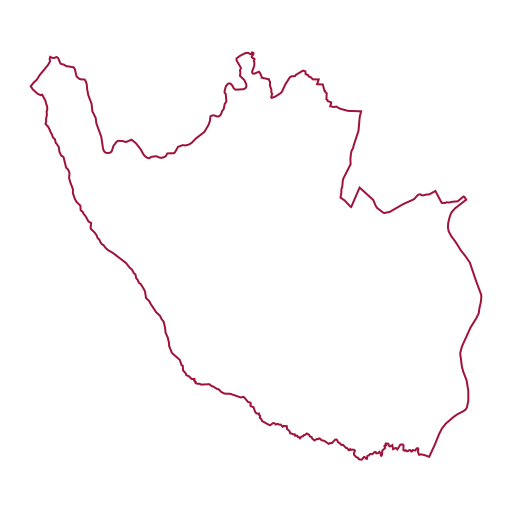 Espinal, Tolima, Colombia
{"feature_id": "7082276B91766477501685", "entity_name": "Espinal", "entity_type": "district", "adm_level": 2, "iso_a3": "COL", "parent_name": "Colombia", "parent_adm1": "Tolima", "projection": "robinson", "projection_center": [-74.907, 4.169], "detail": "fine", "context": "isolated", "style": "outline", "palette": "rose", "viewbox_px": 512, "rotation_deg": 0, "n_neighbors": 0, "source": "geoboundaries", "source_scale": "gbopen_adm2", "svg_char_len": 5933}
<svg xmlns="http://www.w3.org/2000/svg" viewBox="0 0 512 512"><path d="M30.7,86.3L33.0,89.6L37.5,93.7L40.6,95.2L42.1,94.6L45.5,100.9L46.2,104.1L47.1,106.1L47.3,109.5L46.6,111.6L46.9,114.6L46.0,119.5L46.2,121.6L45.5,123.9L48.0,126.6L49.7,129.7L50.3,131.6L51.6,133.8L53.0,137.5L55.0,139.4L55.7,142.9L56.7,143.9L58.8,147.1L59.5,152.1L61.4,155.8L62.9,156.5L63.6,157.3L66.1,167.6L68.2,169.7L69.5,172.9L69.1,178.1L70.4,182.6L72.9,189.0L72.9,193.1L74.7,198.6L76.5,201.9L80.4,205.7L80.6,209.8L81.0,210.6L82.8,211.9L83.4,213.6L85.6,216.2L88.5,221.5L91.1,223.0L90.6,227.3L90.9,228.9L94.7,232.6L96.6,235.3L97.7,238.2L99.4,239.7L100.6,242.6L101.9,244.2L103.5,245.1L105.3,247.6L108.0,250.1L112.6,252.7L126.1,263.1L129.7,267.7L131.9,269.5L133.7,272.9L135.4,274.5L136.3,278.4L137.6,279.8L139.0,283.0L140.6,283.9L141.3,284.9L144.2,289.7L145.1,292.0L146.0,298.0L149.3,301.2L150.6,303.8L156.2,312.3L160.0,315.8L161.7,319.3L163.6,321.6L165.0,327.4L165.6,332.8L167.8,337.7L169.0,342.9L169.1,345.9L171.7,352.4L172.5,353.5L179.8,359.9L181.5,365.0L182.8,365.9L183.1,370.5L185.6,373.2L186.3,375.1L188.8,376.2L191.8,379.1L194.4,378.9L194.6,379.4L194.2,380.7L195.6,381.7L195.3,382.6L195.6,383.1L197.2,383.7L199.7,383.8L201.1,384.6L209.3,384.2L211.8,386.2L212.8,386.3L216.6,388.7L218.8,389.4L221.3,392.0L224.5,393.6L230.2,393.8L240.6,397.4L243.7,396.9L248.2,402.1L250.4,402.6L250.8,403.6L250.4,404.9L250.6,406.0L253.6,407.3L254.7,410.8L255.8,412.8L256.8,413.5L259.0,413.5L259.0,414.7L260.1,415.8L259.8,417.8L261.5,419.4L262.0,421.0L269.6,425.2L270.6,424.9L273.0,423.1L273.9,423.1L274.7,423.4L275.7,424.5L277.7,423.8L278.8,424.6L280.7,424.6L282.7,426.8L283.6,425.9L286.8,426.2L287.0,428.9L289.5,431.1L290.1,433.3L291.8,433.6L293.1,434.3L294.7,434.3L295.5,435.1L295.3,435.7L297.4,435.8L298.0,437.1L299.4,437.3L300.0,438.3L301.6,436.6L303.1,436.2L303.6,435.3L305.2,434.8L306.8,433.5L308.9,434.6L310.0,436.5L311.5,437.0L312.3,438.7L314.5,440.4L316.9,439.0L318.2,439.2L319.1,438.4L319.8,438.5L321.4,440.1L324.4,440.9L328.8,443.9L329.9,443.1L331.9,443.1L335.1,439.7L336.4,439.5L337.1,440.1L338.1,442.4L339.6,443.0L341.4,445.0L343.0,444.8L346.1,448.0L347.3,448.2L348.6,450.1L349.7,450.1L350.2,449.1L351.3,449.8L353.2,449.6L354.5,450.1L354.9,450.9L353.9,453.2L354.1,454.8L356.2,457.1L358.3,457.9L358.6,459.0L360.0,459.6L361.8,459.6L364.0,456.9L364.7,457.1L366.1,458.7L366.9,458.8L367.3,456.1L369.0,455.2L370.1,454.0L372.4,454.1L374.4,452.2L375.2,451.9L375.9,452.2L376.2,453.3L377.0,453.4L378.1,453.1L379.4,451.8L380.8,453.9L380.8,455.5L381.4,455.8L382.0,454.7L382.3,450.5L384.9,448.3L385.0,447.4L384.3,446.2L384.7,445.7L386.1,445.4L385.5,444.0L385.8,443.5L388.3,443.7L389.4,446.3L390.4,446.3L392.3,445.1L393.1,449.2L395.8,447.9L397.4,449.4L400.4,444.6L402.8,444.5L403.5,445.2L403.4,450.1L404.9,450.8L405.8,450.2L407.0,451.3L408.2,451.0L409.4,450.0L410.3,450.2L411.3,451.5L412.1,451.3L412.7,450.1L415.4,450.5L416.5,448.5L417.9,448.2L418.3,448.9L417.9,451.5L418.9,454.7L419.7,454.8L420.6,454.3L424.2,455.0L429.2,456.8L434.8,444.7L439.3,433.6L442.0,428.4L445.8,423.6L453.6,416.9L457.8,414.0L463.2,411.3L465.7,409.4L466.9,407.5L468.3,400.8L468.3,390.9L466.5,380.0L463.1,371.3L461.9,366.6L460.2,353.6L460.5,351.9L461.9,346.5L470.6,327.4L476.3,318.2L478.7,313.3L479.4,308.3L480.7,302.8L481.3,297.7L481.2,294.8L475.8,280.2L469.8,262.5L465.0,255.6L461.0,250.6L455.1,241.2L451.4,236.4L448.7,231.4L447.9,227.5L448.3,222.4L449.4,218.0L450.5,214.5L451.7,212.1L455.0,208.4L466.2,199.7L464.5,197.0L463.5,196.5L457.7,201.3L452.3,201.8L449.3,202.5L446.5,202.3L445.2,203.0L441.6,202.8L435.4,191.0L429.3,194.4L426.8,194.5L423.0,195.4L421.7,195.3L420.4,194.3L419.0,194.5L417.7,195.1L414.2,199.0L412.8,199.8L403.2,204.1L389.7,211.9L384.4,213.0L383.1,212.6L377.0,207.8L375.9,206.2L373.2,199.9L359.6,187.6L351.2,207.0L350.1,206.3L344.7,200.5L340.5,197.6L341.3,193.1L341.4,189.2L342.3,186.5L342.8,180.4L343.4,178.4L350.6,164.2L350.4,158.7L351.0,153.4L351.7,150.5L353.0,148.4L353.8,145.0L358.5,130.8L359.7,117.0L361.1,111.3L348.2,110.9L340.7,108.9L338.2,107.8L336.6,106.6L333.5,107.0L330.2,106.2L331.2,103.1L331.1,102.3L327.7,101.1L327.5,100.0L326.4,99.3L326.7,93.3L325.4,92.2L325.2,91.1L324.5,90.9L322.8,84.5L317.1,84.2L318.7,79.4L312.9,79.4L311.0,77.4L308.8,76.5L308.0,75.0L305.7,74.3L305.4,71.4L303.0,70.6L295.8,74.9L295.0,76.1L291.5,76.3L289.7,77.5L285.2,84.6L281.9,91.8L280.4,93.3L275.1,96.7L271.7,97.9L271.2,97.4L272.1,93.7L271.4,92.6L271.3,89.4L269.9,85.6L270.1,82.1L269.2,80.5L269.0,79.3L261.7,77.7L261.6,76.6L260.1,73.1L259.0,71.7L254.3,73.7L253.2,73.7L252.5,73.2L252.1,72.2L252.3,71.0L254.2,66.0L254.4,62.7L253.8,60.6L254.5,59.5L254.4,58.7L252.6,58.0L251.7,57.0L251.8,56.2L253.3,54.4L253.5,53.0L252.1,52.4L251.4,53.9L250.3,54.1L247.9,52.8L245.4,53.1L240.2,55.7L237.1,58.0L236.6,58.4L236.5,59.6L236.6,60.5L240.8,67.6L240.8,68.6L239.9,70.5L240.4,72.1L240.0,75.9L244.3,80.0L246.3,84.4L246.4,86.6L245.4,88.2L243.7,89.2L235.5,89.7L233.8,88.4L232.2,85.4L230.8,83.9L230.0,83.4L228.1,83.7L226.0,85.9L224.7,90.4L224.6,92.7L225.7,93.9L226.4,101.5L224.7,103.9L223.8,108.7L222.0,111.4L221.0,114.3L219.3,116.2L217.6,116.6L214.1,115.4L213.0,115.4L211.4,115.7L210.4,116.5L209.9,120.9L208.7,124.6L204.4,131.9L195.9,138.5L191.5,143.0L188.8,144.6L185.5,145.4L182.4,145.2L178.0,146.9L174.8,152.5L174.0,153.2L167.4,153.4L165.5,156.5L161.7,157.9L158.9,157.4L156.4,156.2L151.2,156.9L149.4,158.2L147.7,158.0L145.3,156.5L143.6,154.6L140.5,149.1L136.0,143.3L131.6,139.7L126.0,142.0L122.7,141.1L117.9,140.8L116.4,142.0L113.5,145.8L111.9,150.8L111.2,151.9L109.9,152.7L107.4,153.1L106.0,152.8L104.5,151.8L103.6,150.4L102.9,147.8L101.3,136.9L96.4,123.5L95.7,118.0L92.3,111.1L91.6,103.9L88.3,95.2L87.2,89.4L86.7,84.2L85.9,81.6L85.0,80.0L84.0,79.4L81.1,79.4L79.2,78.8L76.5,76.3L74.9,69.3L73.6,67.3L65.9,66.0L64.1,64.7L61.0,63.9L60.3,63.2L58.2,58.2L56.6,57.0L53.7,58.1L51.5,57.6L50.2,56.9L49.6,58.9L50.1,61.2L48.0,65.0L39.6,75.2L36.9,79.6L33.5,82.8L30.7,86.3Z" fill="none" stroke="#9f1239" stroke-width="2"/></svg>